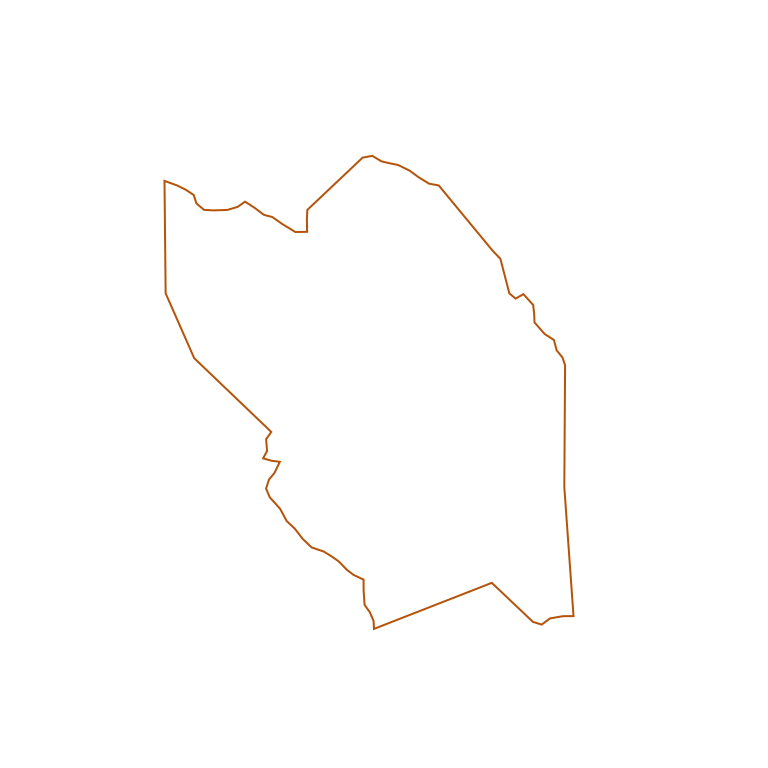 outline of Parari, Paraíba, Brazil, rotated 226°
{"feature_id": "56859067B42878136321644", "entity_name": "Parari", "entity_type": "district", "adm_level": 2, "iso_a3": "BRA", "parent_name": "Brazil", "parent_adm1": "Paraíba", "projection": "orthographic", "projection_center": [-36.658, -7.327], "detail": "fine", "context": "isolated", "style": "outline", "palette": "amber", "viewbox_px": 768, "rotation_deg": 226, "n_neighbors": 0, "source": "geoboundaries", "source_scale": "gbopen_adm2", "svg_char_len": 1088}
<svg xmlns="http://www.w3.org/2000/svg" viewBox="0 0 768 768"><g transform="rotate(226 384 384)"><path d="M682.6,367.2L600.9,289.9L534.4,265.4L427.8,269.6L426.2,260.9L417.0,253.3L414.5,245.4L406.9,249.8L400.4,255.0L396.1,243.4L395.2,235.0L390.7,226.5L381.8,223.1L366.6,222.6L353.0,218.8L341.5,219.3L329.2,217.9L316.7,218.4L305.3,224.3L296.6,226.5L287.8,228.2L276.2,228.2L267.7,229.5L257.5,233.4L249.4,225.7L238.6,216.6L229.8,215.3L220.8,211.9L214.8,206.7L166.1,323.4L138.3,324.6L109.4,325.9L101.4,330.3L100.1,340.5L92.8,351.3L85.4,359.1L184.6,442.1L271.7,527.3L279.2,530.8L288.3,531.6L297.6,536.8L308.3,534.3L323.7,535.0L330.1,540.7L337.2,546.2L351.8,546.7L354.0,538.0L362.1,537.1L393.2,554.7L403.9,554.7L488.8,561.3L496.8,555.6L508.3,552.6L519.9,550.6L531.9,546.2L538.7,541.5L546.0,536.8L556.2,534.1L561.7,525.9L562.5,449.8L556.5,443.4L546.9,434.4L554.9,425.8L569.5,422.0L581.8,419.6L589.1,415.1L600.6,413.3L611.7,410.7L613.1,401.7L618.0,392.3L627.0,382.3L634.3,375.5L644.2,374.5L652.1,378.4L661.3,376.4L670.3,373.2L682.6,367.2Z" fill="none" stroke="#b45309" stroke-width="2"/></g></svg>